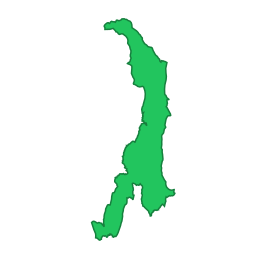 Charala, Santander, Colombia, rotated 175°
{"feature_id": "7082276B93438937234991", "entity_name": "Charala", "entity_type": "district", "adm_level": 2, "iso_a3": "COL", "parent_name": "Colombia", "parent_adm1": "Santander", "projection": "equal_earth", "projection_center": [-73.153, 6.177], "detail": "fine", "context": "isolated", "style": "filled", "palette": "green", "viewbox_px": 256, "rotation_deg": 175, "n_neighbors": 0, "source": "geoboundaries", "source_scale": "gbopen_adm2", "svg_char_len": 5796}
<svg xmlns="http://www.w3.org/2000/svg" viewBox="0 0 256 256"><g transform="rotate(175 128 128)"><path d="M142.4,228.2L137.5,227.9L134.1,228.5L132.6,226.6L131.8,225.5L131.7,224.9L130.9,224.7L130.1,224.1L129.3,222.6L128.4,222.0L126.0,222.4L124.9,222.2L124.6,221.7L123.9,221.3L123.3,220.6L122.3,219.9L120.7,217.2L120.4,215.0L120.9,212.5L120.5,211.6L119.3,209.5L118.8,206.3L118.3,204.8L118.5,203.3L118.8,201.8L119.2,201.1L119.4,199.7L119.4,198.8L119.0,198.2L118.9,197.1L119.7,195.7L119.9,194.8L120.4,193.8L121.0,193.3L121.9,193.2L122.9,192.2L120.1,190.8L118.9,189.5L118.8,189.0L118.9,187.3L119.8,182.1L118.5,177.9L118.0,177.2L117.5,175.6L117.7,174.1L118.7,172.1L118.7,171.5L118.5,171.1L117.3,170.7L115.5,169.4L114.7,168.6L114.1,168.4L112.8,167.9L109.8,168.2L109.5,168.0L108.8,167.3L107.9,163.4L107.8,160.5L108.5,156.1L110.7,150.2L111.0,148.9L111.9,147.7L112.7,145.3L112.5,141.6L111.2,142.0L111.9,140.7L112.3,139.5L111.8,138.7L112.0,138.2L112.3,138.4L112.5,136.6L112.9,136.6L112.5,135.8L113.3,135.0L113.3,134.7L112.9,134.2L113.2,134.0L113.3,133.7L112.8,133.6L112.3,133.2L111.8,133.5L111.5,132.2L111.2,131.9L109.4,131.3L109.1,128.6L110.4,130.7L111.5,131.2L111.9,131.3L114.2,130.9L114.9,129.3L115.4,129.1L115.5,128.7L116.6,127.3L116.7,126.0L116.5,125.8L116.4,125.9L116.3,125.2L116.7,124.4L117.2,124.2L117.6,123.3L117.5,122.7L117.7,121.9L118.3,120.6L118.4,120.1L119.3,119.0L119.3,118.4L120.0,117.2L120.8,116.3L122.1,113.4L122.5,113.3L122.9,114.0L123.7,114.2L124.3,114.4L124.8,114.2L126.1,113.3L127.5,112.0L128.2,112.0L129.1,111.6L129.6,110.7L130.5,110.7L130.3,110.5L130.7,110.4L130.7,109.8L131.3,109.5L131.4,109.1L131.8,109.0L132.0,108.4L132.5,108.1L132.6,107.2L133.0,106.9L133.2,106.0L133.6,105.7L133.5,105.1L134.4,104.1L134.3,103.6L134.6,103.0L134.7,101.2L134.9,101.1L134.9,100.8L135.1,100.5L136.0,100.2L135.4,98.7L135.8,97.4L135.4,96.9L135.8,95.7L136.3,95.7L136.2,94.8L136.6,94.4L136.6,93.6L136.0,93.0L135.6,92.9L135.0,92.0L134.3,90.1L133.9,89.7L134.1,89.3L134.8,89.0L134.7,88.6L132.7,87.5L132.7,87.1L133.6,85.9L133.4,85.6L132.9,85.7L132.6,85.1L132.2,84.0L132.2,82.9L133.5,82.0L134.7,82.5L135.1,81.9L135.6,82.1L136.5,83.0L137.4,82.6L137.9,82.9L138.5,82.7L139.0,83.0L140.4,82.9L141.0,81.8L141.9,81.7L142.3,81.0L143.1,80.8L143.5,79.5L144.1,79.5L144.6,79.9L145.1,79.7L145.1,78.5L145.7,77.3L145.9,75.6L143.9,73.0L144.0,72.0L143.4,70.6L145.7,68.2L146.4,66.4L147.3,64.9L148.6,64.8L149.2,64.3L150.2,61.1L150.6,58.5L152.4,53.1L152.7,52.8L154.0,53.3L154.8,53.2L155.3,52.8L157.3,49.3L157.7,47.1L159.0,44.2L159.5,42.2L159.7,40.3L160.4,38.7L160.2,37.8L160.7,35.1L160.3,33.5L160.4,32.2L160.6,32.1L160.9,32.3L161.1,33.8L161.3,33.9L161.6,33.6L161.9,33.7L162.7,35.4L163.9,35.7L164.8,36.3L165.5,36.4L166.4,36.0L166.9,36.0L169.4,37.8L170.5,38.1L171.4,37.9L172.5,37.0L170.9,30.0L169.5,25.6L169.5,23.5L169.8,21.4L168.4,21.0L166.4,18.9L165.6,18.8L165.0,19.3L164.2,19.5L164.0,21.0L162.4,22.7L161.5,22.7L160.9,22.3L159.8,22.5L159.3,22.1L158.9,21.2L158.1,21.2L157.5,22.0L157.5,22.4L157.1,23.1L156.7,22.8L155.9,22.8L155.9,23.3L155.4,24.0L155.1,24.1L154.6,23.4L154.2,23.5L154.2,22.9L153.3,22.8L152.8,21.9L152.9,21.2L152.5,21.2L152.2,20.6L151.8,20.5L151.1,21.2L149.5,21.0L148.0,22.8L146.9,24.8L143.9,31.5L143.3,33.5L142.2,35.9L141.1,40.4L141.0,42.9L139.9,46.1L139.6,47.9L138.0,51.1L137.4,51.8L136.2,52.5L135.8,53.2L135.5,54.4L135.1,58.5L134.1,58.2L133.0,58.9L132.2,58.9L131.3,58.1L130.2,57.7L129.7,56.5L129.2,56.5L127.9,60.5L128.8,60.8L128.9,61.7L128.8,64.4L128.1,65.8L128.0,67.0L128.2,67.5L128.1,68.3L128.5,68.9L128.3,69.8L128.6,72.0L128.2,72.5L127.4,72.5L125.8,71.6L124.6,70.2L123.8,70.6L122.1,70.0L120.7,71.4L120.5,71.1L120.5,70.6L119.0,69.4L118.7,68.1L118.7,67.0L119.7,65.1L119.6,63.8L120.2,61.6L119.6,60.4L119.7,59.2L120.2,58.0L120.3,57.1L120.9,56.1L120.7,54.9L120.7,53.8L120.5,53.1L120.7,51.7L120.2,51.1L119.9,48.8L118.8,48.3L118.4,47.5L114.8,43.4L114.5,41.7L113.7,40.2L113.5,38.4L112.8,38.4L112.5,38.6L112.2,39.1L112.2,39.9L111.8,41.0L111.0,41.8L110.3,42.1L110.0,43.1L109.7,43.4L109.4,43.2L109.1,43.7L108.7,43.9L107.9,43.7L107.3,43.9L106.4,43.4L105.2,44.0L104.7,43.9L104.6,44.8L104.2,45.2L103.0,46.1L102.2,47.5L101.7,47.7L100.4,49.1L100.0,49.0L98.5,46.9L97.3,50.5L96.7,51.6L96.8,54.1L96.1,55.8L95.9,55.4L95.3,55.5L92.6,57.0L92.0,56.6L90.5,56.8L89.8,56.6L88.9,56.8L88.1,57.3L87.0,58.8L87.1,59.1L87.9,59.5L88.0,60.0L87.4,62.6L88.2,62.6L88.8,62.3L90.3,62.3L91.3,62.6L92.9,63.5L94.6,65.6L95.2,67.6L95.3,69.2L95.0,71.0L96.3,73.2L98.3,78.1L98.1,80.5L98.4,81.4L98.5,82.9L98.0,85.3L98.3,87.2L96.8,92.0L96.1,93.0L95.9,94.2L95.9,98.7L96.1,101.0L95.8,103.5L96.4,104.6L96.5,105.3L95.8,108.5L95.6,111.5L95.2,113.7L95.2,117.0L94.9,117.9L93.0,120.0L91.9,123.7L90.4,125.3L90.5,126.1L90.9,127.1L90.9,128.0L89.4,133.3L88.8,134.5L87.7,136.1L86.9,136.7L84.7,136.6L84.4,136.8L84.5,138.2L87.3,144.8L88.1,145.9L87.3,146.9L86.8,149.0L86.6,149.1L86.8,151.4L86.6,152.8L85.9,153.1L85.0,152.7L84.8,153.0L86.7,154.9L87.4,157.2L88.2,157.9L88.4,158.4L88.4,160.3L88.2,163.6L87.5,167.8L85.9,172.6L85.3,176.0L85.4,179.5L85.2,184.1L83.5,189.8L85.1,190.9L86.5,191.4L87.2,191.8L87.6,191.6L88.5,192.2L88.9,192.1L89.3,191.6L89.5,190.8L89.9,191.1L90.5,192.1L90.5,193.4L90.7,193.9L91.6,194.8L92.6,196.8L94.1,198.2L94.8,199.6L96.3,203.1L96.9,205.6L97.9,206.4L98.7,206.5L101.0,207.3L102.2,209.0L104.3,210.7L104.4,211.2L105.1,212.4L106.1,214.8L105.9,216.1L106.0,216.7L107.0,217.9L107.6,219.5L109.0,220.9L109.6,222.2L111.0,224.0L115.2,227.5L115.2,230.6L115.6,232.6L116.7,234.2L118.8,235.2L119.9,236.3L121.1,236.4L122.2,237.1L124.5,237.2L124.9,237.0L125.3,236.4L127.0,235.7L128.1,235.7L128.9,236.3L130.1,236.4L131.1,234.8L131.5,234.4L132.3,235.0L133.6,235.1L135.1,235.7L136.2,235.1L137.2,233.7L137.6,233.8L138.4,234.6L139.6,234.5L141.5,233.3L142.4,232.4L142.8,231.7L142.8,231.0L142.2,230.1L142.4,228.2Z" fill="#22c55e" stroke="#15803d" stroke-width="1.5"/></g></svg>